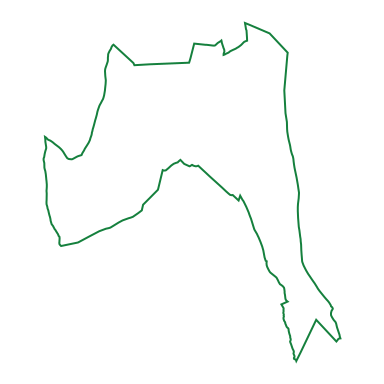 Eldas, North-Eastern, Kenya
{"feature_id": "3690345B40849356023427", "entity_name": "Eldas", "entity_type": "district", "adm_level": 2, "iso_a3": "KEN", "parent_name": "Kenya", "parent_adm1": "North-Eastern", "projection": "equal_earth", "projection_center": [39.451, 2.194], "detail": "fine", "context": "isolated", "style": "outline", "palette": "green", "viewbox_px": 384, "rotation_deg": 0, "n_neighbors": 0, "source": "geoboundaries", "source_scale": "gbopen_adm2", "svg_char_len": 5894}
<svg xmlns="http://www.w3.org/2000/svg" viewBox="0 0 384 384"><path d="M287.7,52.7L269.6,33.4L249.2,24.7L245.0,23.0L245.2,24.3L245.4,25.3L246.0,29.2L246.5,30.4L246.7,33.2L247.0,37.8L247.1,40.7L246.8,40.8L245.9,41.1L245.2,41.4L244.3,41.8L243.4,42.6L242.4,43.7L241.1,45.0L240.2,45.7L238.9,46.7L238.0,47.3L237.2,47.7L236.0,48.5L234.4,49.3L233.6,49.6L230.3,51.2L229.4,51.9L228.7,52.5L227.5,53.1L226.4,53.5L225.6,54.0L224.7,54.5L223.6,54.9L223.6,54.0L223.9,52.9L224.4,51.5L224.2,49.6L223.4,47.7L223.1,46.6L222.6,45.2L221.8,42.6L221.6,41.2L221.4,40.5L220.7,41.1L218.8,42.3L217.7,43.0L215.7,44.9L214.9,45.5L214.3,45.6L213.5,45.6L212.3,45.5L210.8,45.3L206.6,44.8L205.5,44.8L194.2,43.6L190.5,58.1L189.4,61.8L189.1,62.7L149.8,64.3L134.4,65.2L133.4,63.0L113.5,44.7L112.5,45.5L111.9,46.5L111.4,47.3L111.2,48.2L110.8,49.1L109.7,50.8L108.7,52.8L108.3,53.8L108.1,54.8L108.1,56.0L107.9,57.5L107.9,58.7L107.9,59.9L107.8,61.1L107.6,61.9L107.2,63.1L106.6,64.9L106.1,66.3L105.7,67.4L105.3,68.7L105.1,69.8L105.0,71.4L105.1,72.7L105.2,74.5L105.3,76.0L105.5,77.8L105.7,79.3L105.8,80.6L105.7,82.3L105.6,84.0L105.2,87.7L104.9,90.7L104.1,95.4L103.8,96.5L103.5,97.6L103.0,99.1L102.2,100.5L100.8,103.2L100.1,104.4L99.4,105.8L98.3,108.9L97.8,110.4L97.4,111.8L96.8,114.7L95.9,118.0L95.2,120.3L94.1,124.6L93.3,127.5L92.8,129.0L92.3,131.4L91.9,132.5L91.8,133.7L91.5,135.1L90.3,138.5L90.0,139.8L89.2,141.6L88.6,142.8L86.8,145.7L85.3,148.0L84.7,149.0L84.0,150.5L82.5,152.9L82.0,154.0L81.5,155.1L78.9,155.9L78.0,156.2L76.9,156.7L73.1,158.8L71.9,159.3L70.5,159.2L68.8,159.0L68.0,158.6L67.3,158.2L66.3,156.8L65.4,155.4L64.4,153.8L63.4,152.1L62.4,150.7L61.1,149.2L59.1,147.3L54.6,143.9L53.7,143.1L52.5,142.1L50.3,140.6L49.2,140.2L47.8,139.5L46.2,137.7L45.0,136.9L45.1,137.8L45.3,139.0L45.3,139.5L45.4,141.9L46.2,147.0L46.2,147.9L46.2,148.3L45.9,149.4L45.5,150.6L45.2,151.7L44.7,153.8L44.5,155.0L44.2,156.9L44.1,157.3L43.7,158.2L43.6,158.7L43.6,159.0L43.6,160.0L43.8,161.0L44.2,162.6L44.3,163.1L44.4,167.7L44.7,169.1L45.0,170.1L45.3,171.1L45.8,174.2L46.2,178.1L46.3,179.4L46.5,180.9L46.7,183.3L46.8,184.4L46.8,186.6L46.7,188.5L46.5,190.9L46.7,193.3L46.7,194.6L46.6,200.0L46.5,201.6L46.5,202.1L46.5,203.2L46.6,204.5L46.9,205.4L47.3,206.8L47.5,208.1L47.6,208.6L48.3,210.4L48.6,211.9L49.2,214.4L49.6,215.9L49.9,216.7L50.3,218.4L50.5,219.5L50.6,220.4L50.6,220.6L51.5,223.7L51.6,224.1L52.5,225.3L53.3,226.4L53.6,227.2L54.3,228.4L54.6,229.1L55.4,230.0L55.8,230.7L56.3,231.6L56.5,231.9L56.9,232.4L57.3,233.2L58.0,234.2L58.2,234.7L58.6,235.9L59.4,236.7L59.5,237.0L59.6,238.7L59.5,240.1L59.4,242.0L59.3,242.9L59.4,243.7L59.5,244.2L60.1,245.0L61.1,246.0L78.0,242.5L89.4,236.4L99.3,231.2L106.0,228.7L108.8,228.1L110.4,227.6L113.2,225.9L118.7,222.5L122.6,220.4L123.7,220.0L128.7,218.2L130.5,217.7L132.9,216.8L138.1,213.2L141.8,210.4L143.1,204.7L145.3,202.5L157.9,189.8L158.2,188.8L162.7,170.1L163.7,170.5L165.1,170.5L165.9,170.3L168.4,168.2L171.3,165.5L173.7,163.8L175.9,162.9L177.7,162.4L178.6,161.4L180.4,159.9L184.2,163.9L189.5,166.3L190.1,166.1L191.0,165.5L191.5,165.2L191.9,164.9L192.2,164.9L192.5,165.0L192.8,165.4L193.3,165.6L194.4,166.0L195.8,166.3L196.8,166.2L198.0,165.8L198.2,165.7L209.7,176.4L222.3,187.8L226.1,191.4L228.7,193.7L230.2,194.9L231.8,195.2L232.7,195.0L238.6,200.5L240.2,195.7L242.4,199.7L243.5,201.2L246.3,206.9L248.7,212.5L249.4,214.6L250.3,217.0L251.0,218.7L253.8,227.8L254.4,229.6L257.0,234.0L257.8,235.8L258.6,237.4L260.4,241.7L262.2,246.5L263.3,250.4L264.6,257.5L265.7,260.8L266.4,261.2L266.7,261.3L266.5,263.3L266.7,265.3L267.2,266.9L268.1,268.8L269.2,270.9L269.8,271.9L270.5,272.7L275.1,276.4L276.5,277.6L278.0,280.4L278.8,282.2L280.0,284.2L281.4,285.1L282.9,286.3L284.0,287.7L284.3,289.0L284.6,291.4L284.6,293.0L285.0,295.0L285.4,298.5L285.7,299.6L286.5,300.7L287.6,301.6L281.4,304.4L283.3,307.7L283.5,308.0L283.6,308.5L283.6,309.2L283.5,309.5L283.5,310.4L283.6,310.8L283.5,312.0L283.4,312.2L283.3,313.0L283.5,313.6L283.7,314.1L283.8,314.4L283.8,315.2L283.6,315.6L283.7,316.0L283.9,316.6L283.6,317.4L283.5,317.6L283.5,318.7L283.6,319.2L283.9,320.0L284.1,320.7L284.4,321.2L284.9,321.9L285.3,323.0L285.3,323.6L285.5,324.0L286.0,325.1L286.2,325.7L286.6,326.7L286.9,327.1L287.2,327.5L287.9,328.0L288.4,328.6L288.6,329.7L288.7,330.9L289.2,333.1L289.6,334.5L289.9,335.3L290.1,335.8L290.1,336.1L290.2,336.5L290.2,337.4L290.3,337.8L290.7,339.1L290.7,339.8L290.6,340.3L290.2,341.3L290.1,341.7L290.2,342.0L290.6,343.1L291.0,344.0L292.1,347.3L292.4,348.2L292.6,348.7L292.9,349.4L293.1,349.7L293.5,350.5L293.8,351.4L293.8,351.8L293.8,352.2L293.5,353.5L293.8,354.4L294.2,355.3L294.5,356.1L294.5,356.4L294.4,357.2L294.0,357.7L293.9,358.2L294.2,359.0L294.8,359.3L295.2,359.3L295.8,359.7L296.0,360.1L296.3,361.0L300.6,352.4L316.2,319.8L336.4,341.5L337.4,340.3L338.3,339.0L339.0,338.6L340.4,338.4L340.1,337.5L339.8,336.5L339.5,334.8L337.0,327.3L336.6,325.6L336.2,323.8L335.8,322.7L335.4,321.9L333.8,320.1L332.9,318.7L332.0,317.2L331.1,315.4L331.0,314.5L331.0,313.0L331.6,310.7L332.2,309.9L332.8,308.8L332.4,307.6L331.8,306.9L331.1,306.4L330.7,305.1L329.1,302.5L328.0,301.1L326.1,299.0L324.4,297.0L320.2,291.8L319.2,290.5L317.7,288.4L317.3,287.6L314.7,283.4L312.5,280.3L311.0,278.1L309.8,276.3L308.2,274.0L306.2,270.6L305.2,268.7L304.5,267.3L304.1,266.5L303.6,265.5L302.3,262.0L302.1,261.0L302.0,259.4L301.8,256.9L301.6,254.6L301.3,250.1L301.1,244.6L300.7,241.1L300.6,239.1L300.2,236.7L299.4,230.3L298.8,226.9L298.6,224.4L298.1,217.9L297.8,211.1L297.8,207.2L298.0,203.9L298.7,198.2L298.8,196.4L298.9,194.9L299.0,192.8L298.8,191.4L298.3,188.1L298.1,186.6L297.8,184.6L296.6,177.7L294.9,169.6L294.5,167.6L294.0,164.4L293.6,161.3L293.4,159.1L293.2,158.0L292.9,156.6L292.6,155.7L292.1,154.6L291.6,153.0L291.0,150.8L290.7,149.4L290.5,148.1L290.2,146.2L289.9,144.7L288.7,139.9L288.1,136.8L287.3,131.8L287.2,130.4L287.1,129.2L286.9,122.0L285.5,113.2L284.3,90.4L287.3,55.9L287.7,52.7Z" fill="none" stroke="#15803d" stroke-width="2"/></svg>